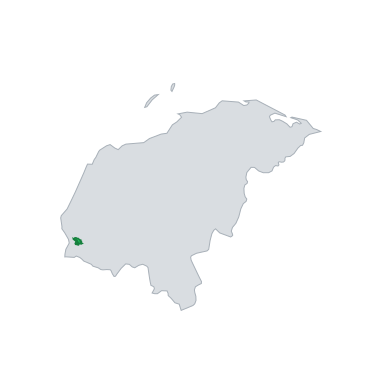 Lucerna, Ocotepeque, Honduras shown in context, rotated 341°
{"feature_id": "27666195B25716596314577", "entity_name": "Lucerna", "entity_type": "district", "adm_level": 2, "iso_a3": "HND", "parent_name": "Honduras", "parent_adm1": "Ocotepeque", "projection": "equal_earth", "projection_center": [-89.0, 14.594], "detail": "fine", "context": "in_parent", "style": "filled", "palette": "green", "viewbox_px": 384, "rotation_deg": 341, "n_neighbors": 0, "source": "geoboundaries", "source_scale": "gbopen_adm2", "svg_char_len": 4330}
<svg xmlns="http://www.w3.org/2000/svg" viewBox="0 0 384 384"><g transform="rotate(341 192 192)"><path d="M333.4,176.7L321.6,175.7L316.1,177.6L313.7,181.9L311.7,183.8L309.9,183.4L306.4,185.0L301.1,188.8L296.4,190.3L292.1,189.3L290.9,190.3L290.5,191.5L289.9,192.7L288.3,193.4L286.4,193.0L284.2,191.7L283.1,192.3L283.0,194.7L281.8,195.4L279.6,194.2L277.2,195.1L274.5,198.1L270.7,198.7L265.7,197.0L261.9,193.8L259.1,189.1L255.9,187.9L250.2,191.4L247.8,195.5L247.3,198.0L247.9,200.3L246.9,201.8L244.2,202.6L242.3,205.4L240.9,210.2L240.7,213.9L241.5,216.5L240.2,218.4L236.7,219.7L232.7,223.8L228.0,230.9L223.3,235.9L218.7,238.7L216.4,241.8L216.6,245.2L216.3,246.3L215.5,246.7L213.9,247.1L204.9,239.7L202.3,234.5L200.1,235.3L197.2,237.9L193.3,243.8L189.1,251.7L187.0,252.6L176.3,251.4L170.7,252.1L169.5,253.2L169.0,256.1L169.4,260.0L171.0,274.0L171.8,279.8L171.0,281.6L168.1,281.9L164.4,282.7L162.4,285.3L161.9,288.0L161.7,291.8L160.5,295.8L158.2,298.6L156.0,299.6L143.2,300.4L143.4,293.9L139.8,291.2L137.7,285.8L135.8,282.2L136.4,280.0L136.2,277.4L131.1,275.4L126.2,276.9L123.4,275.9L121.4,274.5L124.9,271.3L125.1,269.4L124.0,268.0L122.8,267.0L123.2,263.4L123.9,259.1L125.8,249.1L125.1,247.4L121.9,244.3L117.8,244.0L113.2,245.0L111.1,243.4L109.2,240.0L105.9,238.4L100.2,241.1L94.2,245.2L92.3,246.7L90.8,246.5L90.1,243.5L89.8,239.8L89.4,238.9L86.2,237.6L82.4,236.6L80.5,235.6L78.7,233.2L74.2,229.9L73.2,227.5L67.2,222.1L65.9,219.4L64.6,217.4L61.7,214.9L59.4,215.5L51.8,212.3L50.6,212.0L51.7,209.3L54.1,205.1L59.3,200.3L59.8,196.5L58.4,189.2L57.0,184.4L57.8,182.3L59.4,173.8L60.7,171.8L68.2,167.5L68.9,166.9L74.9,160.9L81.5,154.2L88.4,146.8L96.1,138.5L100.3,133.7L102.3,131.6L106.7,133.3L110.2,129.4L112.2,128.1L116.9,123.4L118.3,122.4L126.2,120.5L130.0,120.5L133.3,125.3L136.0,127.9L141.0,125.6L145.1,125.2L162.4,129.6L169.2,127.6L181.7,127.2L187.4,128.3L195.3,122.1L200.5,120.8L206.5,117.9L205.6,114.9L204.2,113.6L213.4,114.9L227.1,121.2L241.6,120.0L246.8,116.6L250.2,115.6L265.2,122.1L269.1,127.1L272.2,127.6L274.6,126.5L275.2,125.5L272.3,124.4L270.9,122.8L282.7,125.9L305.0,149.5L305.5,151.4L296.0,144.4L291.0,144.9L289.7,146.1L290.0,149.9L290.5,151.7L292.6,151.9L294.2,150.9L298.1,152.1L300.7,154.6L303.9,158.5L305.8,162.7L307.8,162.8L309.8,160.3L313.5,160.0L316.0,162.8L317.7,162.6L315.3,158.2L309.6,153.9L310.9,153.7L323.6,161.5L327.3,171.4L330.3,173.6L333.4,176.7ZM184.4,91.9L177.1,96.7L174.8,96.6L178.1,92.9L183.5,89.7L188.1,88.2L191.8,88.9L184.4,91.9ZM209.3,86.8L205.8,90.4L205.2,88.8L206.8,85.5L208.9,83.6L210.9,83.8L210.5,85.2L209.3,86.8Z" fill="#d9dde1" stroke="#a8b0b8" stroke-width="1"/><path d="M70.7,201.0L70.5,200.7L70.0,200.2L69.8,199.8L69.6,199.7L69.3,199.2L69.1,199.0L69.1,198.9L68.9,198.9L68.7,198.7L68.4,198.6L68.2,198.3L68.1,198.2L67.9,198.2L67.7,197.9L67.6,197.7L67.1,197.5L66.6,197.2L65.7,197.5L65.4,197.7L65.3,197.8L65.2,197.8L65.0,197.7L64.9,197.6L64.7,197.5L64.6,197.4L64.6,197.5L64.6,197.8L64.5,198.0L65.2,199.1L65.8,198.4L65.8,199.9L66.3,200.3L66.2,200.5L66.1,200.8L66.1,201.0L66.2,201.3L66.0,201.5L65.9,201.6L65.8,201.8L65.7,201.8L65.6,202.0L65.4,202.2L65.4,202.3L65.2,202.3L65.1,202.5L64.9,202.6L64.8,202.8L64.9,203.0L65.0,203.1L65.0,203.3L64.9,203.4L64.9,203.5L65.1,203.5L65.2,203.4L65.2,203.5L65.3,203.6L65.5,203.7L65.6,203.8L65.6,203.7L65.8,203.7L66.0,203.6L66.1,203.8L66.2,203.7L66.3,203.8L66.4,204.0L66.5,204.1L66.7,204.3L66.7,204.2L66.8,204.3L66.8,204.2L66.9,204.3L67.0,204.3L67.0,204.5L67.3,204.5L67.4,204.4L67.5,204.3L67.5,204.2L67.6,203.9L67.6,203.7L67.4,203.5L67.4,203.4L67.3,203.2L67.3,202.9L67.4,202.7L67.3,202.4L67.2,202.1L67.2,201.8L67.2,201.7L67.3,201.5L67.3,201.3L67.3,201.1L67.2,200.9L67.1,200.7L67.0,200.4L67.0,200.2L67.0,199.9L67.1,199.7L67.2,199.8L67.3,199.9L67.4,200.2L67.5,200.2L67.6,200.3L67.6,200.6L67.8,201.0L67.8,201.4L67.8,201.5L67.7,201.5L67.6,202.0L67.7,202.3L67.7,202.5L67.8,202.6L67.8,202.8L68.0,202.9L68.0,203.2L68.0,203.3L68.1,203.5L68.2,203.8L68.2,204.0L68.3,204.0L68.3,204.3L68.4,204.2L68.4,204.3L69.7,204.2L69.9,204.8L70.0,204.9L70.1,205.0L70.2,204.9L70.4,204.9L70.5,204.9L71.4,204.9L71.0,204.4L71.2,203.4L71.1,203.5L70.8,203.4L70.7,203.4L70.7,203.5L70.6,203.4L70.4,203.2L70.4,202.7L70.4,202.4L70.3,202.2L70.5,201.9L70.5,201.7L70.4,201.6L70.5,201.5L70.4,201.5L70.4,201.4L70.5,201.4L70.7,201.2L70.7,201.0Z" fill="#22c55e" stroke="#15803d" stroke-width="1.5"/></g></svg>